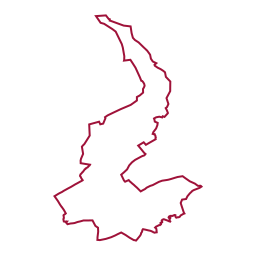 Kaugama, Jigawa, Nigeria
{"feature_id": "59680162B31064170938287", "entity_name": "Kaugama", "entity_type": "district", "adm_level": 2, "iso_a3": "NGA", "parent_name": "Nigeria", "parent_adm1": "Jigawa", "projection": "mercator", "projection_center": [9.774, 12.554], "detail": "fine", "context": "isolated", "style": "outline", "palette": "rose", "viewbox_px": 256, "rotation_deg": 0, "n_neighbors": 0, "source": "geoboundaries", "source_scale": "gbopen_adm2", "svg_char_len": 5234}
<svg xmlns="http://www.w3.org/2000/svg" viewBox="0 0 256 256"><path d="M96.0,16.1L100.6,22.8L104.1,23.8L112.4,29.1L115.7,31.6L121.8,44.1L122.8,47.6L124.3,56.2L124.2,59.8L124.0,60.6L130.4,59.8L132.7,63.3L135.5,67.7L139.9,77.3L141.3,80.8L142.2,81.0L143.2,82.2L144.2,83.9L144.6,85.8L143.9,87.5L143.0,89.0L143.1,92.6L139.7,95.5L136.9,97.0L136.9,100.5L130.7,104.9L120.6,109.2L113.2,112.7L107.6,115.4L105.0,117.2L105.4,118.3L103.2,123.6L100.3,124.3L99.1,121.7L89.2,124.4L89.7,135.6L84.4,144.0L82.7,145.7L81.9,146.7L82.7,151.4L83.1,153.9L81.0,158.8L80.6,160.6L80.7,163.2L90.0,164.7L89.8,165.1L89.4,165.6L89.0,165.9L88.6,166.1L88.4,166.5L87.9,167.0L87.6,167.4L87.1,167.6L86.6,167.9L86.0,168.2L85.6,168.5L85.4,169.1L84.9,169.2L84.5,169.5L84.2,170.2L83.7,170.8L83.2,171.4L82.9,171.9L82.3,172.3L81.8,173.0L81.2,173.7L80.6,174.2L80.3,174.9L80.1,175.5L80.0,175.9L80.2,176.3L80.5,176.7L80.8,177.0L81.1,177.9L81.5,178.5L81.8,178.9L81.9,179.3L82.7,180.2L82.5,180.4L80.9,181.3L80.1,181.7L79.2,182.2L78.3,182.7L77.4,183.2L76.3,183.8L75.5,184.2L72.5,186.0L70.8,187.0L68.3,188.3L65.6,189.8L63.6,190.9L62.1,191.9L59.3,193.3L57.9,194.1L56.8,194.8L54.5,196.2L57.9,201.0L60.1,204.7L61.7,207.0L61.8,207.0L63.9,210.0L65.8,213.4L65.0,214.1L63.7,215.0L63.5,215.3L63.7,216.4L63.9,218.0L63.6,218.4L63.5,218.7L63.5,219.0L63.4,219.2L63.4,219.5L63.5,219.8L63.6,220.2L63.6,220.4L63.7,220.9L63.8,221.4L64.0,221.4L64.7,221.7L65.0,221.7L65.6,221.6L65.8,221.6L66.0,221.5L66.2,221.4L66.4,221.4L66.7,221.5L66.9,221.6L67.0,221.6L66.2,222.7L67.5,224.2L70.5,223.5L71.5,223.4L72.8,223.3L74.7,223.0L77.5,222.0L80.2,221.4L83.4,220.5L92.5,220.4L95.4,225.9L98.0,227.7L98.2,231.7L97.5,237.3L97.5,238.6L97.4,239.9L99.9,240.1L105.8,238.9L111.2,237.2L115.3,235.4L117.8,234.1L121.2,232.5L125.6,235.0L129.6,237.7L133.8,240.1L134.9,240.2L136.0,240.6L137.6,238.8L138.1,238.1L138.8,237.3L139.5,236.4L140.0,235.8L140.4,235.2L140.7,234.6L141.0,233.9L141.1,233.1L141.5,232.6L141.9,232.0L142.1,231.4L142.2,231.1L142.2,230.6L142.5,229.8L142.9,229.2L143.3,229.2L144.0,229.4L144.7,229.5L146.4,229.9L147.6,230.2L148.9,230.5L150.0,230.7L151.0,231.0L151.8,231.4L152.7,231.7L153.2,232.2L153.8,232.4L154.2,232.5L154.6,232.7L155.3,232.5L156.0,232.4L156.7,232.3L156.6,231.1L156.5,229.9L156.3,229.0L156.2,228.5L155.1,227.6L155.5,227.2L155.7,226.9L156.1,226.6L156.4,226.5L157.0,226.2L157.6,225.9L158.2,225.6L158.9,225.2L159.2,225.1L159.6,225.1L159.8,225.1L160.0,225.1L160.2,224.8L160.4,224.7L160.6,224.6L160.9,224.4L161.1,224.1L161.1,223.9L161.1,223.5L161.0,223.3L160.8,223.2L160.5,223.1L160.5,222.9L160.8,222.8L161.0,222.8L161.4,222.7L161.5,222.4L161.6,222.2L161.9,222.3L162.2,222.2L162.2,221.9L162.2,221.7L162.1,221.4L162.0,221.2L161.7,220.9L161.7,220.5L162.0,220.2L162.2,219.9L162.5,219.6L163.0,219.6L163.3,219.5L163.6,219.3L163.8,219.2L166.5,220.2L167.1,220.4L167.6,220.6L168.0,220.8L168.6,221.1L169.2,221.3L169.7,221.5L170.2,221.6L170.3,221.4L170.1,221.2L169.8,221.1L169.7,220.9L169.6,220.6L169.6,220.3L169.6,219.9L169.7,219.7L169.6,219.4L169.6,219.1L169.7,218.8L169.9,218.5L170.1,218.4L170.3,218.2L170.4,217.9L170.4,217.6L170.2,217.3L170.0,217.2L169.7,217.4L169.5,217.6L169.6,217.8L169.6,218.1L169.4,218.2L169.2,218.2L168.8,217.8L168.6,217.4L168.8,217.1L168.8,216.9L169.0,216.6L169.2,216.4L169.6,216.3L169.9,216.1L170.2,215.9L170.6,215.9L171.1,215.9L171.6,215.9L172.1,216.0L172.6,215.9L172.9,215.8L173.0,215.6L173.4,215.5L173.8,215.3L174.2,215.1L174.6,215.0L174.9,215.0L175.2,215.1L175.4,215.2L175.3,215.5L175.3,215.8L175.4,216.0L175.4,216.3L175.5,216.6L175.6,216.9L175.8,217.2L176.0,217.5L176.3,217.7L176.6,217.7L177.4,217.3L178.2,217.2L178.6,217.3L179.3,217.0L179.7,216.8L180.2,216.1L180.7,215.4L181.6,214.9L183.3,213.9L184.4,213.5L183.8,212.5L181.7,206.2L180.7,203.0L182.1,199.6L186.1,199.0L187.4,196.3L189.8,193.4L191.5,191.8L192.3,190.9L194.0,190.0L199.7,187.8L201.5,186.6L200.8,185.9L200.2,185.7L198.8,185.9L197.9,185.8L197.3,185.4L194.9,183.6L189.8,181.3L185.5,178.3L182.6,176.2L177.6,177.0L175.2,177.7L171.0,179.0L168.4,179.7L166.8,180.0L162.1,180.7L158.8,181.9L152.7,185.1L150.2,185.9L146.6,187.7L145.1,189.0L143.0,190.1L140.7,191.4L137.8,188.5L136.9,187.6L135.4,186.3L133.8,184.8L132.2,183.5L130.9,182.3L129.8,181.4L128.7,180.1L125.1,181.7L124.0,180.5L121.2,174.7L124.0,172.3L127.1,169.4L129.2,165.4L132.0,162.3L135.1,159.9L141.4,156.5L142.7,155.9L143.9,155.6L144.9,154.8L145.5,154.0L144.2,152.9L140.2,148.0L138.2,145.6L143.7,142.3L145.9,144.8L148.3,143.4L151.8,141.4L155.7,139.2L155.5,138.3L155.5,137.9L155.6,137.7L155.8,137.4L155.4,136.2L155.4,135.7L154.9,134.9L154.6,134.1L153.8,134.3L153.4,134.1L152.7,133.9L153.4,132.0L156.1,128.5L157.4,125.1L157.7,122.9L154.8,121.6L154.5,119.9L154.0,118.5L156.2,117.3L159.3,116.7L162.2,117.4L162.7,116.3L164.5,116.9L167.8,113.3L167.9,113.1L167.9,112.9L166.7,109.9L166.1,108.9L165.7,108.1L167.0,107.1L168.4,104.0L166.5,98.1L168.8,93.8L170.2,91.1L170.2,89.0L170.3,81.5L165.9,76.9L165.0,72.3L163.2,70.8L160.6,69.1L157.7,67.7L154.8,65.7L154.5,64.8L156.3,63.2L152.8,61.5L150.9,58.7L150.1,54.7L147.2,50.7L143.3,47.0L138.6,42.4L134.9,40.0L132.9,37.8L131.6,33.1L130.6,26.4L123.7,25.6L110.8,20.9L109.8,20.6L109.9,20.3L109.9,20.0L109.7,19.5L109.7,19.2L109.2,19.1L108.8,19.1L108.7,19.0L105.9,15.4L96.0,16.1Z" fill="none" stroke="#9f1239" stroke-width="2"/></svg>